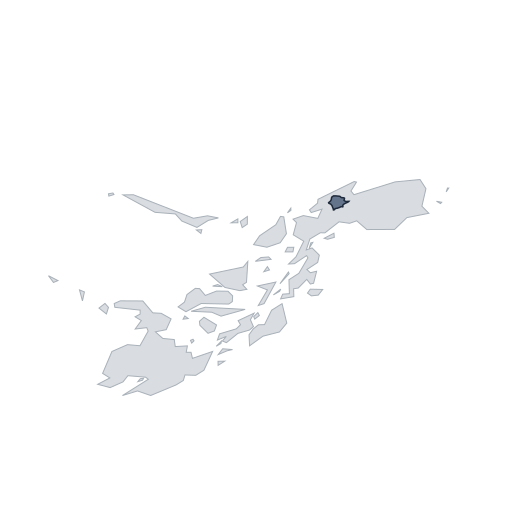 location of Tarlac within Philippines, rotated 73°
{"feature_id": "PHL-2556", "entity_name": "Tarlac", "entity_type": "Province", "adm_level": 1, "iso_a3": "PHL", "parent_name": "Philippines", "parent_adm1": "", "projection": "equal_earth", "projection_center": [120.579, 15.519], "detail": "fine", "context": "in_parent", "style": "filled", "palette": "slate", "viewbox_px": 512, "rotation_deg": 73, "n_neighbors": 0, "source": "natural_earth", "source_scale": "10m", "svg_char_len": 4659}
<svg xmlns="http://www.w3.org/2000/svg" viewBox="0 0 512 512"><g transform="rotate(73 256 256)"><path d="M241.3,73.8L256.9,82.8L265.7,78.2L263.4,100.5L271.1,115.7L263.1,142.3L251.8,149.4L252.1,156.9L247.6,166.6L254.0,183.3L252.6,187.7L255.5,199.5L264.9,206.2L264.7,200.0L273.7,195.2L280.2,198.9L283.8,211.3L287.9,208.9L288.3,202.5L298.9,208.9L298.7,212.2L293.2,214.3L299.0,225.0L298.3,229.6L305.9,231.7L304.2,245.0L300.3,241.6L301.8,235.1L288.3,231.4L285.1,220.1L273.0,206.9L270.4,207.5L274.6,221.4L273.2,227.2L268.4,217.9L255.8,206.0L246.6,214.2L235.9,207.5L231.6,209.8L231.2,198.9L238.1,185.9L230.5,179.2L230.6,190.5L227.5,191.4L223.5,181.7L219.9,180.1L213.5,140.3L214.7,138.3L221.6,146.2L226.0,144.4L225.8,101.3L230.8,76.8L241.3,73.8ZM334.6,325.4L350.0,339.2L352.5,348.5L349.0,358.7L353.8,361.9L355.9,370.0L358.6,397.5L350.4,408.8L350.4,424.5L342.4,395.0L339.6,397.0L333.0,413.5L337.5,420.0L339.2,434.0L332.4,444.9L329.9,431.4L323.4,437.0L305.2,421.7L303.2,404.8L307.9,393.2L296.3,381.1L292.6,381.4L290.5,392.9L284.2,384.5L278.8,389.4L277.7,383.8L273.9,382.6L263.8,406.0L260.0,405.5L259.2,398.9L265.9,377.4L280.2,371.3L283.1,363.4L291.3,355.6L300.2,363.4L299.1,374.4L307.6,369.2L312.0,358.6L319.0,359.7L321.9,347.9L327.7,350.9L329.1,346.3L335.3,346.7L334.6,325.4ZM288.8,339.3L281.9,345.4L279.2,337.9L272.7,333.3L269.2,323.5L270.7,319.5L278.9,316.0L278.0,304.0L281.5,293.1L287.3,290.0L292.7,292.0L294.0,296.1L285.4,322.3L288.8,339.3ZM329.2,246.2L335.5,255.8L334.7,272.8L340.0,288.4L329.3,285.7L325.0,280.1L322.5,273.8L324.1,267.9L312.4,256.9L309.2,245.0L329.2,246.2ZM258.8,265.4L278.4,272.8L279.6,277.2L285.2,274.5L284.4,281.6L277.0,294.9L259.7,305.7L262.8,271.4L258.8,265.4ZM184.7,339.8L158.7,365.3L161.6,355.3L201.6,304.8L203.4,290.6L208.6,280.8L208.0,291.2L211.4,304.1L200.9,316.7L192.2,320.8L184.7,339.8ZM226.7,218.0L243.6,220.4L250.4,229.0L250.8,243.0L244.4,255.0L237.7,246.6L231.9,227.9L225.3,221.0L226.7,218.0ZM315.3,280.0L322.8,279.1L324.9,283.8L324.7,295.9L330.2,309.6L327.5,313.0L324.2,307.9L325.1,317.5L319.8,313.6L319.9,296.1L317.2,290.9L312.6,292.0L310.1,274.5L315.3,280.0ZM289.9,334.2L290.2,319.4L303.9,282.0L303.3,307.0L296.8,314.8L289.9,334.2ZM315.9,324.5L305.9,329.9L301.9,329.2L299.4,323.7L310.4,313.9L315.5,317.7L315.9,324.5ZM286.7,244.6L303.9,262.2L304.0,268.3L291.8,255.0L285.1,263.4L286.7,244.6ZM310.3,214.7L306.5,217.6L303.6,213.8L307.5,202.0L311.6,207.9L310.3,214.7ZM267.7,416.0L259.9,421.4L257.2,414.3L262.0,412.1L267.7,416.0ZM215.7,252.7L223.0,255.0L224.8,260.9L218.4,261.0L215.7,252.7ZM258.7,217.3L262.9,219.5L260.6,226.9L256.9,223.3L258.7,217.3ZM240.2,430.6L248.2,435.1L236.8,434.7L240.2,430.6ZM339.2,320.9L335.0,315.0L338.6,305.8L338.2,311.4L339.2,320.9ZM263.6,242.6L260.9,258.2L258.9,251.8L260.6,244.2L263.6,242.6ZM221.6,452.6L222.1,457.4L214.2,460.2L221.6,452.6ZM261.1,175.7L260.9,182.7L259.0,185.6L257.0,174.8L261.1,175.7ZM275.5,297.2L272.1,306.3L272.1,301.0L275.5,297.2ZM218.9,263.6L217.0,270.1L215.2,262.5L218.9,263.6ZM316.0,275.7L313.3,275.9L310.7,270.8L313.9,270.2L316.0,275.7ZM273.3,247.2L273.3,253.1L269.5,248.2L273.3,247.2ZM349.5,324.2L345.6,323.1L347.4,316.7L349.5,324.2ZM282.6,229.5L289.5,241.2L280.8,229.7L282.6,229.5ZM218.3,302.1L213.7,305.4L215.0,300.1L218.3,302.1ZM296.0,339.1L295.1,344.2L292.5,341.6L296.0,339.1ZM296.7,243.8L298.3,250.8L294.9,242.0L296.7,243.8ZM155.7,379.2L153.4,378.9L153.9,374.4L155.7,373.9L155.7,379.2ZM320.5,343.0L317.5,343.3L317.2,340.6L319.0,340.1L320.5,343.0ZM341.6,405.7L339.5,402.5L340.1,399.3L341.6,400.8L341.6,405.7ZM222.6,209.3L223.9,213.3L220.4,208.7L222.6,209.3ZM329.4,315.1L330.7,320.4L327.3,314.0L329.4,315.1ZM259.8,64.2L256.4,67.4L258.9,62.7L259.8,64.2ZM264.2,202.9L259.5,199.8L259.6,197.7L264.2,202.9ZM247.4,51.8L250.3,55.4L247.0,53.0L247.4,51.8Z" fill="#d9dde1" stroke="#a8b0b8" stroke-width="1"/><path d="M234.3,168.5L234.2,168.3L234.1,168.2L233.6,168.1L232.9,168.4L230.8,168.6L230.4,168.5L229.9,168.6L228.4,169.3L228.0,169.6L227.2,170.6L226.7,171.0L226.2,171.0L225.6,169.5L225.2,168.7L224.7,168.1L224.0,167.5L222.3,166.7L221.7,166.1L221.2,164.3L221.8,162.2L223.4,158.4L224.7,157.6L225.2,157.0L225.8,155.5L226.1,154.9L226.5,154.5L227.0,154.6L228.0,155.2L228.3,155.5L228.6,155.6L228.9,155.4L229.5,154.8L230.1,154.1L230.4,153.2L230.6,152.2L230.9,151.2L231.1,151.5L231.2,151.9L231.4,152.6L231.8,155.7L232.2,157.2L232.9,158.2L233.2,158.3L234.1,158.4L234.3,158.5L234.3,158.9L234.1,159.4L233.8,159.8L233.7,160.2L233.7,160.6L233.8,161.0L233.9,161.3L234.0,161.7L234.0,162.0L234.0,163.0L234.1,163.8L234.1,164.1L233.9,165.3L233.9,165.7L233.9,166.2L234.0,166.6L234.3,167.0L234.6,167.3L234.7,167.7L234.6,168.5L234.3,168.5Z" fill="#64748b" stroke="#1e293b" stroke-width="1.5"/></g></svg>